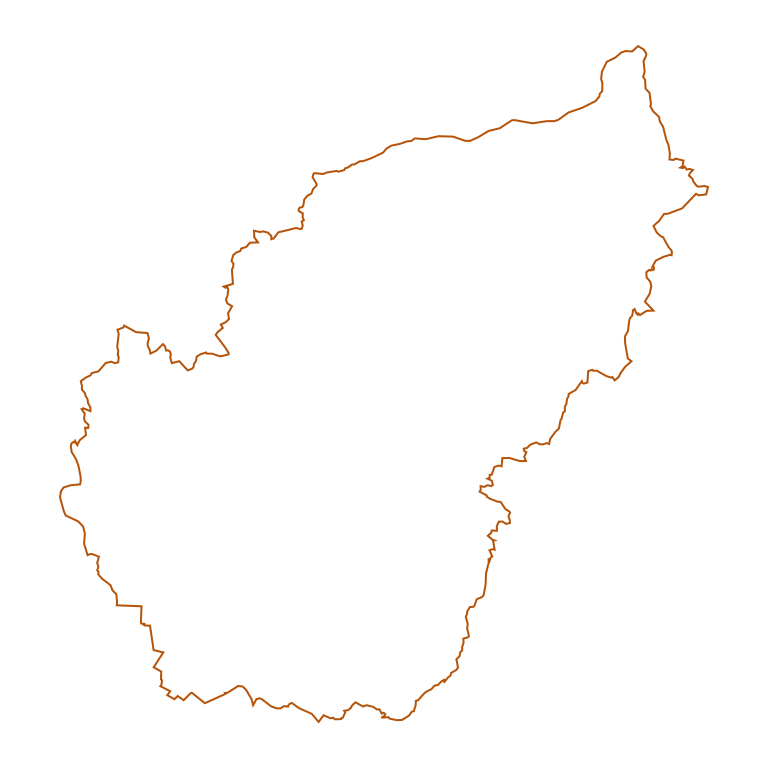 Ribita, Hunedoara, Romania (Natural Earth projection)
{"feature_id": "2599482B73677730773084", "entity_name": "Ribita", "entity_type": "district", "adm_level": 2, "iso_a3": "ROU", "parent_name": "Romania", "parent_adm1": "Hunedoara", "projection": "natural_earth1", "projection_center": [22.806, 46.214], "detail": "fine", "context": "isolated", "style": "outline", "palette": "amber", "viewbox_px": 768, "rotation_deg": 0, "n_neighbors": 0, "source": "geoboundaries", "source_scale": "gbopen_adm2", "svg_char_len": 6052}
<svg xmlns="http://www.w3.org/2000/svg" viewBox="0 0 768 768"><path d="M653.4,310.6L644.9,301.6L649.7,293.7L651.3,286.3L650.4,282.0L646.6,277.3L646.3,272.3L648.9,270.0L650.6,270.5L651.5,269.1L652.8,270.1L653.8,269.6L653.9,267.3L652.3,266.8L655.8,260.6L663.5,256.8L670.3,254.8L671.6,255.2L671.9,252.4L671.5,250.6L668.4,246.8L663.2,237.4L661.1,236.5L656.8,232.6L653.5,225.9L659.3,220.7L664.0,214.0L668.2,213.6L682.1,208.4L696.0,193.8L698.7,195.3L706.2,194.4L708.0,187.0L704.6,186.0L698.9,186.7L696.8,186.0L693.3,181.5L692.5,178.7L688.9,175.6L689.8,173.3L692.9,170.0L689.5,168.9L686.6,169.5L684.6,166.6L682.9,168.1L680.4,167.6L682.5,166.3L683.5,160.6L675.3,158.6L673.6,160.0L669.5,159.5L669.9,153.7L668.5,145.0L666.3,139.8L663.1,126.7L660.0,121.8L658.9,116.8L653.1,111.3L650.3,106.2L651.0,104.1L649.5,92.8L645.6,88.7L645.1,79.9L643.1,76.9L644.7,71.8L643.5,61.3L646.0,56.0L646.3,53.6L643.8,49.6L638.1,46.1L632.0,51.5L625.7,51.0L621.2,52.6L615.3,57.6L606.8,61.8L602.0,71.5L601.1,78.9L602.4,83.2L602.2,91.2L599.9,93.6L599.3,96.6L595.5,101.1L582.2,107.8L568.5,112.5L558.3,119.8L554.5,121.1L547.1,121.1L532.6,123.3L514.0,120.0L511.7,120.4L499.8,128.2L488.4,131.0L478.6,137.0L470.1,140.9L465.0,140.8L453.0,136.6L438.5,136.2L425.8,139.2L414.9,138.4L411.1,141.0L407.4,141.3L399.8,143.9L391.5,145.6L386.5,148.5L383.1,152.6L371.1,158.3L362.6,161.3L360.2,161.1L354.4,164.4L352.1,164.5L347.6,167.6L345.1,168.3L344.2,170.1L338.4,171.7L336.6,170.9L326.9,172.5L323.0,174.0L314.4,173.1L313.3,174.3L312.6,177.1L316.7,184.3L316.5,185.6L313.1,189.0L311.4,193.6L307.4,195.7L304.2,199.7L303.3,205.6L302.1,207.3L299.8,207.5L298.6,209.2L298.9,211.2L302.8,213.4L302.6,217.1L303.8,220.4L301.7,221.5L302.7,225.4L301.9,228.6L300.5,229.1L296.1,228.0L278.2,232.4L273.8,238.4L271.3,239.2L271.4,236.1L268.1,232.7L263.4,231.4L260.0,232.0L254.0,230.7L254.3,237.3L258.0,242.4L250.0,242.7L246.2,247.0L241.3,248.5L240.2,251.0L236.4,252.5L233.3,255.0L231.5,260.9L233.5,263.7L233.1,267.2L231.9,269.7L232.9,283.9L223.7,286.6L225.3,287.7L227.4,287.2L228.3,290.0L227.5,295.5L226.0,299.7L227.3,303.4L232.1,306.2L228.0,313.3L229.0,319.0L225.8,322.2L220.8,324.5L222.8,327.9L217.4,332.3L215.7,334.9L225.3,347.6L228.6,353.0L228.6,354.4L220.4,356.4L212.0,353.7L206.7,353.6L206.1,352.5L200.6,354.2L196.7,356.6L196.0,360.9L193.9,364.0L193.7,366.7L192.1,368.7L187.8,370.4L179.2,361.2L171.8,363.1L170.3,357.5L170.8,354.1L169.8,351.4L167.8,350.3L166.2,350.6L165.0,346.3L162.9,344.1L156.3,350.7L150.4,353.6L149.9,350.4L147.7,345.9L147.7,342.6L149.0,338.5L147.4,333.0L136.2,332.2L124.1,325.6L123.3,327.5L117.5,329.7L118.7,333.8L117.2,347.0L118.3,350.9L117.7,354.6L118.7,357.1L118.2,362.3L114.7,363.2L111.4,361.7L105.8,362.9L98.4,371.4L91.7,373.1L90.5,375.4L85.9,377.5L80.8,381.2L81.9,385.7L81.9,389.7L84.8,392.8L85.7,396.2L87.5,399.1L88.1,403.2L90.5,407.6L90.4,411.1L83.3,408.3L81.6,409.1L84.8,413.7L84.0,418.3L84.9,421.3L88.5,424.9L88.2,428.0L85.1,427.7L86.0,435.0L79.5,440.4L77.3,445.1L75.2,441.0L74.7,442.4L73.7,441.8L71.5,443.4L70.8,445.9L71.7,452.1L76.0,459.2L78.3,465.3L80.5,475.9L80.8,481.1L80.1,484.4L70.9,485.2L63.5,487.5L60.9,491.4L60.0,497.4L63.9,511.3L65.7,515.5L78.1,521.3L83.2,526.6L84.9,533.8L84.1,543.6L87.6,555.2L89.9,554.1L92.7,554.2L98.9,556.7L97.2,563.0L98.4,566.9L97.2,570.3L98.6,572.0L98.1,574.1L102.0,578.7L110.5,585.2L112.5,590.3L116.4,594.3L117.1,603.3L116.7,605.3L141.5,606.3L140.9,622.6L141.2,623.5L145.3,624.0L143.4,624.5L144.5,625.5L150.0,625.6L153.6,650.1L163.3,652.4L153.7,667.3L161.2,671.6L161.0,679.4L162.1,680.3L161.3,685.3L160.4,686.2L170.2,691.2L167.3,695.2L174.4,699.2L177.7,696.0L183.6,700.2L190.5,693.3L191.9,692.8L204.9,703.2L224.8,694.2L225.6,693.7L225.1,692.9L227.5,692.8L238.1,686.0L242.7,686.5L246.2,690.0L251.6,699.2L253.1,705.2L256.5,699.1L259.4,698.3L261.9,699.2L271.2,706.4L276.6,708.3L280.5,708.3L283.9,706.2L288.0,706.6L288.0,705.8L289.8,703.7L291.9,703.0L299.1,708.2L311.7,713.8L318.6,721.9L323.6,715.3L330.6,718.3L333.1,717.7L334.9,719.3L341.1,719.1L341.5,718.0L342.8,717.7L345.2,712.4L344.2,710.8L348.1,710.1L350.8,708.0L351.9,705.7L355.4,702.3L363.1,706.5L366.5,705.2L373.3,706.9L377.0,709.5L379.4,709.3L381.7,713.6L383.6,712.8L385.2,714.1L384.6,715.8L381.4,717.7L388.5,717.2L389.4,718.5L392.1,719.2L397.3,720.2L402.2,719.9L409.0,715.6L411.8,711.7L413.9,711.2L415.7,704.9L415.9,700.7L418.2,700.2L423.3,694.3L426.2,691.7L431.4,689.2L434.4,685.7L438.0,685.0L441.6,681.2L445.1,679.4L443.8,681.3L444.4,682.0L447.9,677.5L450.5,675.6L451.1,673.0L456.2,670.0L458.0,667.5L456.4,659.2L459.6,656.2L460.3,652.1L462.2,650.5L462.1,647.6L463.6,642.4L463.3,638.7L468.0,637.3L468.9,636.0L467.2,628.6L467.7,623.7L465.8,616.9L467.1,613.8L467.1,611.7L469.8,607.1L473.3,606.8L474.4,605.8L476.7,599.3L482.2,596.9L483.7,595.0L485.6,584.5L486.0,573.6L488.7,562.5L488.6,559.1L489.7,559.1L489.9,560.0L490.7,557.5L492.2,556.6L489.5,550.2L493.2,549.1L494.6,549.7L493.1,540.7L494.4,540.4L492.4,539.7L487.8,535.8L491.2,532.8L491.7,530.5L496.9,530.8L496.8,526.2L498.8,521.7L502.4,521.5L506.1,523.9L510.0,522.9L509.8,519.9L508.7,517.3L508.6,515.7L510.1,512.7L509.4,511.5L505.5,509.2L500.6,501.9L497.7,501.7L490.1,498.8L486.8,496.7L486.7,495.4L479.6,491.7L480.7,489.7L480.6,486.1L484.2,486.9L487.7,485.2L491.3,486.1L492.9,484.9L491.9,480.7L487.5,478.7L489.7,477.7L489.7,474.9L491.8,474.6L494.3,467.1L498.5,465.6L501.6,466.3L502.4,458.1L509.5,458.0L520.0,461.1L525.9,461.0L524.2,456.8L526.4,452.3L524.3,451.1L523.7,448.7L527.1,447.9L530.3,444.7L536.2,442.4L539.7,444.2L542.6,444.4L546.7,443.1L549.2,444.0L550.1,439.0L555.1,432.2L558.9,428.5L560.6,419.8L561.7,418.5L563.1,412.7L564.9,411.2L564.9,406.4L566.3,404.4L567.0,399.1L568.5,396.3L568.7,393.9L575.5,390.1L581.8,381.2L582.4,382.8L583.9,383.6L587.4,382.5L588.2,371.1L592.4,369.8L593.2,370.7L596.8,370.7L606.4,376.1L611.1,377.6L612.3,377.0L614.6,380.4L618.8,376.9L620.3,373.5L625.1,366.8L631.5,361.2L627.8,358.5L625.2,343.5L624.9,336.5L627.9,331.1L629.3,320.2L629.9,318.3L632.3,315.5L633.0,310.2L634.7,309.1L636.2,313.2L637.6,314.6L638.2,313.4L639.9,315.1L646.7,310.8L653.4,310.6Z" fill="none" stroke="#b45309" stroke-width="2"/></svg>